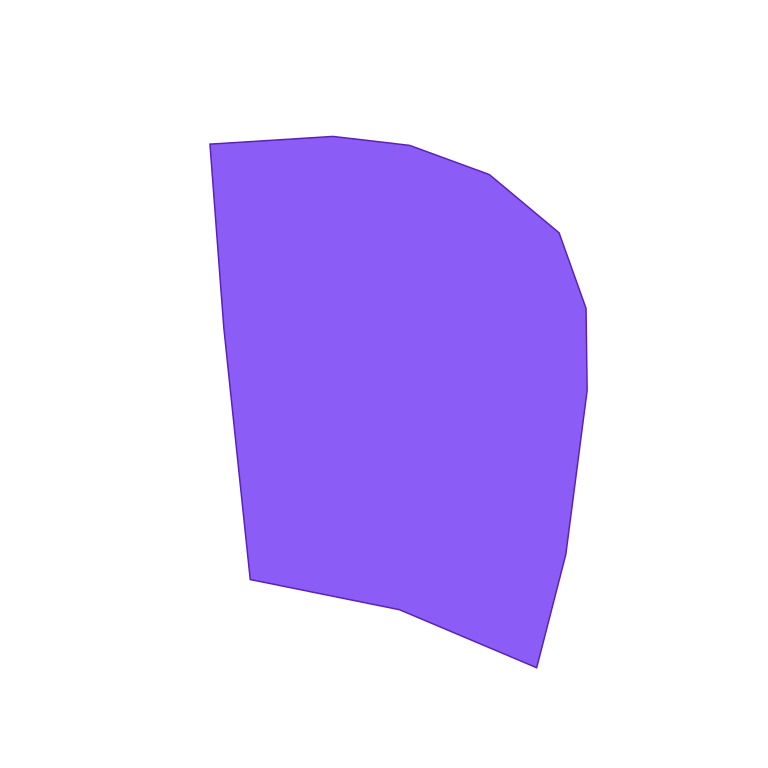 map outline of Mosteiros (Robinson projection), rotated 26°
{"feature_id": "CPV-5043", "entity_name": "Mosteiros", "entity_type": "state/province", "adm_level": 1, "iso_a3": "CPV", "parent_name": "Cabo Verde", "parent_adm1": "", "projection": "robinson", "projection_center": [-24.364, 14.995], "detail": "fine", "context": "isolated", "style": "filled", "palette": "violet", "viewbox_px": 768, "rotation_deg": 26, "n_neighbors": 0, "source": "natural_earth", "source_scale": "10m", "svg_char_len": 326}
<svg xmlns="http://www.w3.org/2000/svg" viewBox="0 0 768 768"><g transform="rotate(26 384 384)"><path d="M122.4,244.7L229.5,183.9L302.4,158.3L386.9,149.6L475.1,171.4L532.4,227.4L569.4,300.7L622.1,457.4L645.6,572.1L496.9,580.1L349.5,618.4L215.5,403.9L122.4,244.7Z" fill="#8b5cf6" stroke="#5b21b6" stroke-width="1.5"/></g></svg>